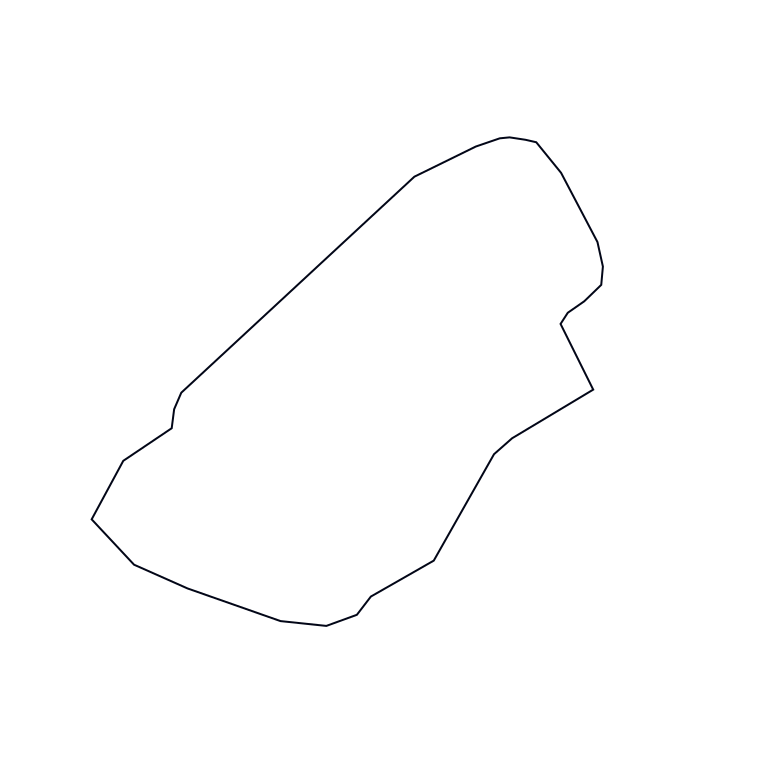 SVG path tracing the border of Slovenske Konjice, rotated 122°
{"feature_id": "SVN-992", "entity_name": "Slovenske Konjice", "entity_type": "Municipality", "adm_level": 1, "iso_a3": "SVN", "parent_name": "Slovenia", "parent_adm1": "", "projection": "equal_earth", "projection_center": [15.451, 46.324], "detail": "fine", "context": "isolated", "style": "outline", "palette": "ink", "viewbox_px": 768, "rotation_deg": 122, "n_neighbors": 0, "source": "natural_earth", "source_scale": "10m", "svg_char_len": 513}
<svg xmlns="http://www.w3.org/2000/svg" viewBox="0 0 768 768"><g transform="rotate(122 384 384)"><path d="M134.0,432.0L114.3,416.0L108.3,408.2L101.9,393.4L98.3,383.0L111.1,345.7L150.5,278.2L168.4,260.6L184.8,252.3L207.7,258.0L226.2,265.9L239.5,266.1L277.9,203.6L362.1,246.6L385.2,253.5L507.4,248.2L571.2,282.5L594.1,284.7L619.7,304.7L639.9,346.1L661.5,442.3L669.7,500.2L653.7,560.2L587.3,564.4L534.0,540.6L516.6,548.6L498.8,551.3L192.1,468.1L134.0,432.0Z" fill="none" stroke="#020617" stroke-width="2"/></g></svg>